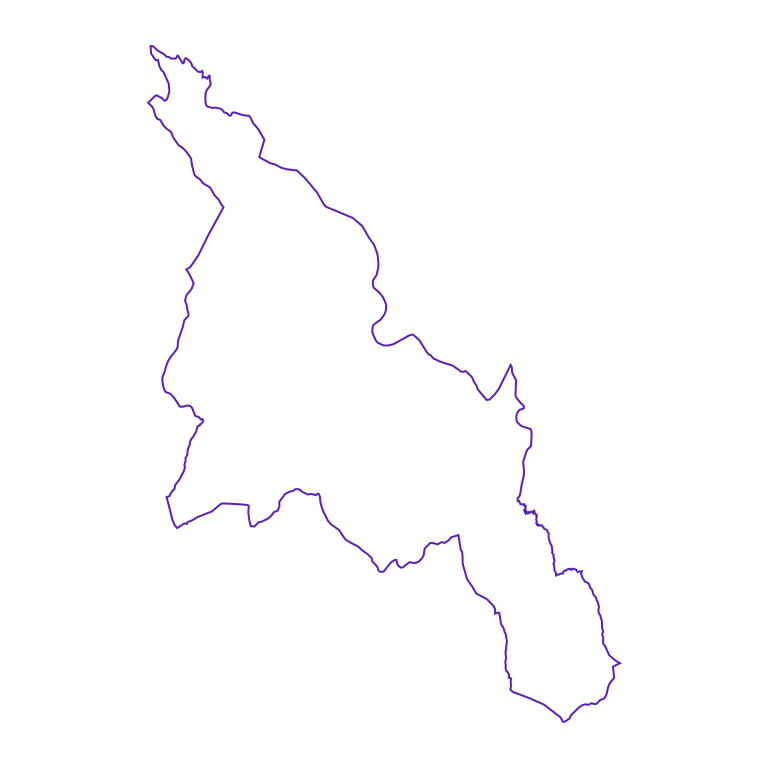 the district of Arcabuco, Boyacá, Colombia
{"feature_id": "7082276B22585888594081", "entity_name": "Arcabuco", "entity_type": "district", "adm_level": 2, "iso_a3": "COL", "parent_name": "Colombia", "parent_adm1": "Boyacá", "projection": "equal_earth", "projection_center": [-73.422, 5.755], "detail": "fine", "context": "isolated", "style": "outline", "palette": "violet", "viewbox_px": 768, "rotation_deg": 0, "n_neighbors": 0, "source": "geoboundaries", "source_scale": "gbopen_adm2", "svg_char_len": 6079}
<svg xmlns="http://www.w3.org/2000/svg" viewBox="0 0 768 768"><path d="M510.6,365.0L499.0,388.5L495.1,393.9L489.8,399.5L486.6,400.0L477.8,389.4L476.5,385.6L473.8,381.6L472.3,377.6L467.9,373.0L465.4,371.0L463.2,371.9L460.9,371.5L452.7,365.6L440.5,361.8L433.3,358.4L430.6,355.1L428.8,354.5L426.9,352.3L419.2,340.0L413.6,335.1L412.0,334.6L409.1,335.5L393.6,344.1L388.0,345.5L383.6,345.4L378.2,343.0L376.1,340.9L373.2,334.8L372.2,331.8L372.7,327.1L373.3,324.9L381.0,319.3L384.1,314.9L385.8,310.8L386.2,306.6L385.8,303.6L383.0,297.2L379.2,292.4L374.0,288.0L373.2,286.1L372.8,284.0L373.0,280.3L376.5,275.2L378.2,267.8L378.4,264.1L377.8,256.5L377.2,253.5L374.3,245.2L369.0,237.8L362.2,226.0L352.9,218.0L326.5,207.0L324.1,204.8L316.9,192.3L305.4,178.6L297.0,170.5L287.1,169.3L281.4,167.8L275.5,164.6L270.0,163.1L259.2,157.2L264.4,139.7L258.1,128.9L253.2,123.2L250.6,117.8L249.1,115.8L242.8,115.1L234.5,112.4L232.3,112.7L231.0,115.3L229.3,115.7L226.9,113.2L224.2,112.4L222.7,110.3L220.5,108.7L215.8,107.6L212.1,107.9L207.6,106.5L206.3,105.4L205.6,103.0L205.3,98.8L205.6,93.1L206.7,90.2L210.4,85.2L210.6,83.0L209.7,79.5L209.7,75.9L209.0,75.9L207.1,78.6L205.1,77.0L202.6,77.6L202.8,72.6L202.3,71.0L200.4,72.1L197.8,71.6L191.9,65.7L191.8,64.4L190.6,62.3L188.2,59.7L185.8,58.1L184.4,59.8L183.9,62.7L182.7,63.3L177.9,55.6L177.4,55.6L176.7,57.3L175.2,58.6L171.3,58.6L168.8,56.9L166.4,56.7L164.1,54.2L157.9,50.7L152.9,46.2L150.6,46.1L151.1,53.6L155.5,60.0L156.2,60.4L158.0,59.9L159.3,66.1L161.5,70.3L163.4,71.9L168.7,83.6L169.4,91.2L168.0,96.6L166.6,99.6L165.3,100.6L164.4,100.7L161.8,98.0L156.6,95.4L154.9,96.1L148.1,102.8L151.7,106.1L153.5,109.1L155.3,115.5L157.2,118.8L160.2,119.9L163.9,126.0L166.8,128.9L170.9,131.8L173.7,138.3L178.6,145.3L182.6,147.9L186.1,151.4L191.1,158.5L192.0,165.3L194.5,174.9L195.9,176.5L200.0,179.3L202.9,183.2L210.2,187.6L214.5,195.3L218.9,199.9L220.6,203.4L223.5,207.3L207.7,236.2L198.4,255.2L190.2,267.2L186.3,269.4L189.0,273.5L193.6,283.1L191.7,288.7L186.5,295.2L185.0,300.6L186.5,304.7L187.1,308.7L188.6,314.3L188.5,315.7L184.3,320.2L182.8,326.9L178.0,340.9L177.6,347.3L176.0,350.3L170.6,357.0L168.4,360.5L166.5,365.0L164.1,373.3L162.4,376.9L162.4,380.9L163.3,386.9L165.3,391.8L170.5,393.9L174.1,397.8L179.8,406.6L183.2,406.7L187.6,405.4L190.5,406.2L192.2,408.1L195.1,415.6L196.2,416.4L198.5,416.8L200.8,419.4L202.3,419.0L203.3,420.9L200.7,424.4L199.9,424.5L199.6,425.5L197.4,426.5L196.4,431.1L193.0,437.1L191.4,438.8L189.8,442.6L189.8,444.6L187.9,448.8L187.2,455.0L185.4,458.4L185.7,460.6L184.4,464.8L184.9,467.6L183.8,471.2L179.4,479.6L175.1,485.2L174.5,489.0L171.8,491.5L171.1,493.3L170.3,493.9L169.6,496.1L166.6,497.0L172.6,520.3L174.5,524.9L177.1,528.1L184.4,523.4L186.8,523.9L187.6,522.1L191.6,520.6L197.8,517.0L211.7,511.5L220.8,504.0L223.2,503.4L240.2,504.3L247.3,505.0L248.8,505.7L248.3,512.3L249.3,520.2L250.8,526.2L254.4,526.5L258.8,522.1L261.1,521.9L267.9,518.7L271.6,515.3L273.9,512.2L277.7,510.6L279.4,506.6L279.3,501.7L285.1,494.0L289.6,491.7L293.3,490.8L294.9,489.3L297.7,489.1L300.0,489.7L301.6,491.5L307.6,494.5L311.1,493.9L315.7,495.1L317.6,493.8L318.7,493.9L320.2,497.4L320.0,499.3L320.8,503.9L322.4,509.3L323.3,510.7L323.6,512.7L324.8,514.1L327.9,520.8L331.1,524.4L338.9,529.9L345.1,539.1L350.0,542.4L358.3,546.6L361.6,549.9L367.4,554.0L371.6,557.9L372.3,561.4L375.9,565.1L377.7,567.7L378.1,569.9L380.1,571.9L383.6,571.6L391.1,562.2L394.7,560.0L396.3,559.9L397.5,564.4L399.0,566.4L400.9,567.6L402.6,567.5L409.5,562.2L414.9,563.1L416.4,562.7L418.9,561.5L422.3,557.9L423.8,554.8L424.6,548.6L430.1,543.1L432.7,542.9L437.5,544.4L441.5,542.2L444.6,542.9L448.4,540.5L451.2,537.3L458.4,535.1L460.8,549.9L462.0,551.6L462.5,554.8L462.7,563.9L467.0,579.0L472.5,587.0L476.2,593.5L487.2,599.3L493.8,606.4L495.1,609.3L495.0,613.6L498.3,612.5L499.4,613.2L501.1,624.3L503.5,627.9L504.6,632.1L505.7,633.9L506.9,641.8L506.1,647.5L506.2,650.1L505.4,651.4L506.1,658.1L505.3,661.7L505.8,665.9L505.5,667.6L506.3,671.1L507.4,671.9L509.2,674.7L508.7,677.6L510.6,678.1L511.2,679.0L510.6,681.2L511.0,685.7L510.4,689.7L513.0,692.0L529.5,698.2L544.0,704.6L560.6,717.4L562.7,721.5L563.6,721.9L564.9,721.5L569.6,718.5L570.6,715.8L572.6,713.6L578.8,707.6L582.3,705.2L585.4,704.3L588.2,704.9L591.4,703.3L595.3,704.2L596.5,703.9L599.8,700.4L604.4,698.3L606.5,694.4L608.2,686.8L609.6,683.5L614.1,677.9L613.0,666.7L619.9,663.2L615.4,660.6L609.2,655.2L604.9,645.7L603.2,643.8L603.1,636.8L602.2,635.0L602.2,633.5L603.2,631.9L602.0,627.0L601.9,621.3L600.2,615.1L598.7,613.3L598.4,609.7L599.0,607.2L597.8,601.9L597.0,601.0L595.9,597.5L593.3,594.3L592.0,589.7L590.2,587.7L589.0,584.1L587.6,582.7L584.9,581.6L582.4,577.6L581.1,573.5L581.8,571.3L577.7,571.9L576.7,570.9L576.4,569.8L573.2,568.7L571.6,569.8L570.9,569.6L570.7,568.8L569.3,569.3L568.6,568.9L566.2,569.9L566.0,570.5L563.7,571.1L563.0,573.5L560.7,573.6L558.4,574.7L557.0,574.4L556.7,575.0L556.2,574.1L555.9,574.5L555.7,572.3L554.6,570.7L553.9,564.6L553.4,563.8L554.6,561.1L554.0,559.4L554.2,558.3L553.4,557.2L553.6,554.9L552.1,552.7L552.4,551.0L551.7,545.9L549.9,542.5L548.6,537.6L548.7,533.1L547.6,532.1L546.9,529.9L544.2,528.9L543.3,526.9L542.3,526.6L541.7,525.2L539.4,525.7L538.5,524.5L537.5,525.4L537.1,525.0L537.0,523.9L536.2,523.3L536.8,521.6L536.1,519.5L536.8,517.1L536.2,515.5L536.7,514.9L534.9,513.6L534.5,511.6L533.8,512.6L533.6,511.6L533.1,512.3L532.9,511.4L532.0,512.1L530.7,511.7L529.6,513.0L528.5,512.1L527.8,513.4L526.5,511.9L526.5,512.8L526.0,513.3L526.0,511.6L525.0,512.3L524.8,511.9L525.3,511.1L524.4,510.6L524.9,510.2L524.6,509.2L525.6,508.6L525.2,506.8L525.7,506.2L524.5,505.4L524.5,504.8L523.8,505.1L523.7,504.2L520.5,504.3L519.1,501.0L517.8,501.2L517.7,498.0L519.1,496.9L520.1,494.4L522.1,482.3L523.7,476.1L524.1,471.2L523.2,463.0L523.5,460.6L526.5,451.3L527.4,449.6L531.0,446.2L531.6,434.7L531.3,430.3L530.5,429.1L521.3,426.0L517.4,422.4L516.4,420.0L516.4,415.8L517.0,413.6L518.6,410.8L519.7,409.8L523.1,408.7L523.9,408.1L523.9,407.1L523.7,405.9L520.1,402.4L515.8,396.9L515.5,394.4L516.1,380.2L512.6,373.7L512.1,371.9L511.8,367.2L510.6,365.0Z" fill="none" stroke="#5b21b6" stroke-width="2"/></svg>